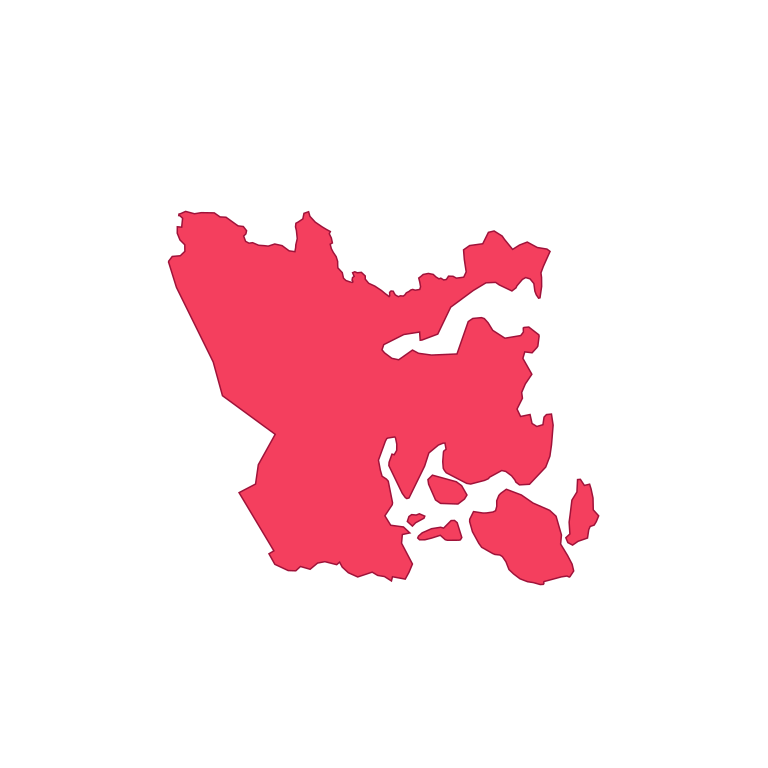 the district of Wrangell, Alaska, United States of America, rotated 220°
{"feature_id": "52423323B13000193718373", "entity_name": "Wrangell", "entity_type": "district", "adm_level": 2, "iso_a3": "USA", "parent_name": "United States of America", "parent_adm1": "Alaska", "projection": "robinson", "projection_center": [-132.186, 56.269], "detail": "fine", "context": "isolated", "style": "filled", "palette": "rose", "viewbox_px": 768, "rotation_deg": 220, "n_neighbors": 0, "source": "geoboundaries", "source_scale": "gbopen_adm2", "svg_char_len": 4880}
<svg xmlns="http://www.w3.org/2000/svg" viewBox="0 0 768 768"><g transform="rotate(220 384 384)"><path d="M251.7,237.9L253.6,241.8L242.3,248.2L243.8,255.7L246.5,264.4L268.2,273.3L273.2,280.5L268.5,286.5L277.2,287.0L288.1,280.1L298.6,283.6L300.1,296.8L301.1,298.5L318.3,312.3L321.0,312.7L326.2,312.1L331.5,315.7L339.3,322.1L346.2,341.1L346.8,343.9L346.3,345.1L341.7,350.4L340.4,350.0L335.5,346.1L331.6,341.3L330.7,336.4L332.8,335.4L329.8,327.3L327.8,324.6L299.8,312.0L294.7,310.7L292.9,310.9L291.6,312.8L300.1,347.2L305.3,360.0L303.1,372.2L300.7,376.7L299.3,377.9L294.5,373.9L295.1,371.1L294.8,370.2L289.1,362.3L284.4,357.5L282.0,356.6L279.3,356.0L256.8,361.0L253.3,363.1L245.0,374.8L243.2,378.5L243.2,380.6L238.2,393.4L234.5,395.3L227.2,395.7L222.0,394.6L219.9,393.6L215.4,393.8L208.1,400.7L206.7,424.3L210.5,435.3L216.6,445.1L228.0,461.2L236.4,468.6L239.9,465.0L240.1,461.5L236.1,455.0L239.6,449.7L245.2,448.9L252.5,454.5L258.5,446.9L266.0,450.3L268.8,462.1L273.1,466.0L275.8,474.9L277.0,486.5L284.7,489.4L294.1,492.9L296.8,499.1L290.6,503.1L290.3,510.2L290.5,511.9L295.9,520.3L297.0,521.2L309.7,520.7L313.1,517.3L313.3,516.4L310.6,513.4L310.4,509.0L320.8,496.8L335.2,495.0L343.6,497.8L349.2,498.6L352.0,497.5L358.1,491.3L359.6,486.0L347.4,453.9L366.2,436.7L377.3,429.7L384.0,428.3L388.3,412.0L394.5,408.7L403.6,408.2L407.5,408.9L409.5,414.0L400.6,434.7L390.1,446.7L384.4,440.8L383.1,442.2L374.9,456.8L382.3,485.7L375.7,513.1L370.9,527.1L363.8,533.6L359.4,534.0L345.8,537.5L344.7,542.5L345.3,544.7L345.2,553.1L343.9,556.6L339.7,558.4L333.8,557.3L328.1,552.1L324.7,550.2L320.7,549.1L319.9,550.3L325.9,560.0L331.8,566.9L335.2,570.0L337.5,576.4L342.0,592.3L345.9,592.1L354.3,587.1L365.5,584.8L369.5,577.6L372.0,569.8L384.6,572.2L388.6,573.3L398.0,572.0L401.5,567.3L398.5,554.9L407.4,545.1L409.3,537.9L402.5,531.0L393.1,522.7L391.6,517.1L396.6,511.6L400.3,510.9L403.9,508.1L403.4,504.2L405.1,502.1L408.5,501.6L409.5,499.9L412.9,499.4L416.7,499.6L421.1,497.2L424.4,493.1L424.9,490.0L425.5,487.5L421.9,484.9L418.5,482.0L417.4,479.4L420.4,475.9L422.8,474.9L423.9,473.2L424.3,471.1L425.5,468.2L425.3,465.7L425.7,463.8L428.1,462.1L429.2,460.1L432.6,459.5L435.0,460.3L436.5,461.0L438.4,459.8L438.6,457.8L436.3,455.2L436.3,454.2L438.5,454.2L441.2,454.0L445.9,454.0L453.9,453.1L460.5,451.3L465.8,452.3L467.8,454.7L473.1,455.0L476.0,452.0L478.5,451.2L479.6,449.1L476.0,447.2L476.5,445.3L475.2,443.0L474.0,442.8L473.4,441.8L473.7,441.3L475.8,440.3L479.7,438.8L483.0,439.0L487.6,442.5L494.0,443.3L495.8,445.2L498.3,448.1L502.5,450.8L507.4,452.2L511.3,453.8L515.1,456.5L514.2,458.9L518.2,462.0L522.5,463.9L523.1,466.3L527.4,465.4L532.5,464.6L540.7,463.8L548.5,464.8L552.5,467.5L555.0,463.3L552.3,458.3L553.9,452.8L554.8,450.5L552.8,447.5L549.7,445.2L543.9,439.6L541.0,433.9L539.3,431.6L537.3,428.1L542.3,425.0L551.0,424.5L557.7,421.0L561.3,415.2L564.8,412.9L569.2,409.7L575.5,407.8L577.9,405.1L581.7,404.3L586.6,407.1L586.3,410.2L587.8,413.1L593.0,414.2L597.5,411.3L612.2,410.2L617.0,406.6L624.0,406.0L634.1,397.8L638.6,392.6L646.9,388.7L649.4,383.6L650.3,382.4L649.5,381.1L648.5,381.7L644.8,381.5L643.8,380.0L639.8,374.1L643.4,371.6L639.3,366.6L632.9,363.2L626.1,362.6L621.8,357.6L622.5,351.3L628.2,345.6L627.9,339.7L627.3,338.8L627.2,338.8L605.1,324.6L529.0,291.1L500.2,271.2L435.0,275.5L428.4,241.4L418.1,224.8L425.2,207.6L361.1,185.4L363.0,180.0L351.7,175.7L337.5,179.5L331.5,184.2L330.7,190.5L321.5,194.6L319.8,204.1L315.1,209.9L304.1,215.2L303.5,219.0L298.3,216.9L290.0,216.5L280.1,219.3L272.1,232.3L265.8,233.3L259.9,236.8L251.7,237.9ZM118.0,355.2L117.7,355.9L118.5,362.7L124.1,366.9L133.1,370.6L145.8,374.9L151.0,382.4L167.2,393.3L175.9,393.7L193.3,388.6L207.4,387.3L222.6,382.0L224.3,375.1L224.4,372.5L222.6,367.0L219.0,362.8L217.1,358.7L218.3,355.9L222.7,351.0L225.2,348.8L233.4,343.8L231.4,335.5L229.9,333.6L221.3,327.7L209.0,322.9L204.2,321.7L191.8,324.0L189.5,324.7L185.3,327.5L182.4,327.9L176.3,326.2L169.0,322.2L162.7,321.8L154.6,322.2L147.0,324.8L141.9,327.9L135.4,330.8L133.2,332.9L133.2,333.8L134.4,335.0L134.3,335.7L124.2,350.2L120.4,354.5L118.0,355.2ZM129.1,396.8L133.5,404.0L134.5,407.4L132.3,411.0L132.9,415.0L134.8,421.0L142.8,422.1L150.6,431.0L157.9,436.7L162.1,439.4L165.3,435.1L172.3,437.2L174.3,435.2L166.8,425.3L165.4,415.8L157.4,403.5L153.4,397.2L145.2,388.6L145.9,383.1L141.2,380.7L136.0,381.8L134.2,388.3L129.1,396.8ZM248.4,347.6L249.1,352.3L259.2,356.0L265.8,355.6L288.3,345.3L288.9,339.0L285.4,335.9L270.0,328.3L263.9,328.9L250.2,339.6L248.4,347.6ZM225.3,313.7L225.7,316.4L238.8,324.8L242.3,324.8L244.8,322.5L245.7,311.9L248.5,310.7L254.6,303.7L259.1,294.5L259.8,289.7L259.2,287.7L256.6,287.5L252.5,291.0L248.4,296.7L243.6,304.3L237.0,304.1L234.9,305.1L226.2,312.5L225.3,313.7ZM267.1,306.9L267.8,309.0L273.5,307.3L275.1,304.3L278.9,301.7L279.7,298.5L277.8,293.7L270.9,293.4L270.6,298.0L267.1,306.9Z" fill="#f43f5e" stroke="#9f1239" stroke-width="1.5"/></g></svg>